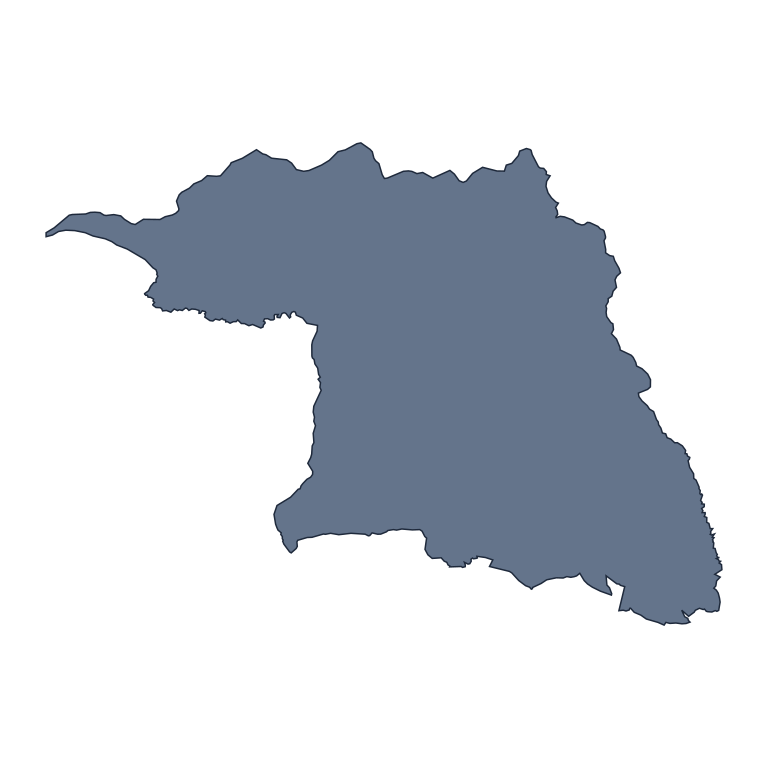 Campuri, Vrancea, Romania
{"feature_id": "2599482B61463988444058", "entity_name": "Campuri", "entity_type": "district", "adm_level": 2, "iso_a3": "ROU", "parent_name": "Romania", "parent_adm1": "Vrancea", "projection": "robinson", "projection_center": [26.758, 46.041], "detail": "fine", "context": "isolated", "style": "filled", "palette": "slate", "viewbox_px": 768, "rotation_deg": 0, "n_neighbors": 0, "source": "geoboundaries", "source_scale": "gbopen_adm2", "svg_char_len": 6118}
<svg xmlns="http://www.w3.org/2000/svg" viewBox="0 0 768 768"><path d="M690.0,622.1L688.4,620.5L687.8,618.4L684.7,616.7L681.7,610.2L688.6,616.3L694.2,612.2L695.3,610.3L699.4,608.3L703.2,609.5L704.5,609.1L706.3,611.3L707.8,611.7L711.9,612.0L715.2,610.6L716.9,611.3L718.7,610.4L720.1,602.1L719.5,598.1L718.2,593.1L716.3,590.1L713.8,588.2L715.8,586.0L716.6,580.9L720.2,577.1L714.8,574.3L721.9,569.7L721.5,564.6L719.1,563.0L720.6,561.3L719.0,561.0L718.5,559.7L716.4,558.6L719.4,557.5L717.4,557.3L716.7,555.4L717.3,554.5L716.2,552.8L715.1,548.5L713.3,548.1L713.8,542.9L712.8,541.9L713.2,541.2L712.5,539.7L714.0,537.7L712.2,537.2L714.4,534.0L711.5,535.0L710.2,534.3L710.9,533.4L710.6,531.6L712.7,528.6L710.2,528.6L708.9,523.4L706.7,522.3L706.8,517.5L704.3,516.5L705.2,514.0L705.1,512.6L702.1,512.6L702.9,510.6L701.6,508.5L704.2,506.7L704.3,504.2L701.6,503.8L702.1,502.3L700.6,500.5L702.5,495.1L701.7,494.0L700.9,494.6L699.9,493.7L700.2,490.5L699.0,488.6L699.1,487.1L696.0,480.0L693.8,478.5L693.6,473.8L689.6,467.3L688.1,460.7L689.4,459.1L689.8,457.4L687.5,456.1L686.9,453.8L685.1,453.6L685.6,450.4L682.4,445.9L677.4,442.7L674.7,442.8L670.8,439.1L667.1,437.7L665.7,433.8L662.4,433.0L660.9,428.1L658.6,424.7L658.2,421.9L656.5,419.6L653.6,411.6L649.5,409.1L647.3,405.7L642.0,400.9L638.9,396.6L638.4,393.1L647.6,389.4L650.4,386.9L650.5,379.7L647.7,374.1L642.0,368.7L636.6,366.0L635.8,362.5L633.2,357.4L631.3,355.3L620.2,350.0L619.9,347.3L616.5,339.1L611.4,333.7L613.5,329.6L612.9,323.8L610.9,322.6L606.7,316.6L606.1,312.4L606.6,308.4L605.8,305.9L608.2,301.8L608.2,298.6L611.8,296.2L613.1,291.2L616.5,287.4L615.0,279.9L616.7,276.3L620.5,272.8L619.0,268.3L614.7,260.7L613.3,256.3L609.7,255.6L605.6,252.8L605.7,249.4L604.0,240.7L605.5,238.0L605.5,236.5L604.1,231.1L602.9,229.8L600.4,229.0L597.9,226.4L589.7,222.6L587.4,222.4L584.4,224.6L581.7,225.0L575.9,223.0L572.8,220.1L564.5,216.9L560.2,216.3L556.1,217.7L555.9,216.9L557.7,214.4L557.2,210.8L555.6,207.5L558.4,203.1L556.0,202.1L551.5,197.9L548.0,192.8L546.0,186.3L546.6,181.4L550.1,175.8L546.2,174.5L546.4,171.6L543.7,168.4L540.3,168.1L538.5,166.8L532.2,154.6L531.1,150.4L530.2,149.6L526.4,148.5L519.7,151.1L518.4,155.6L511.8,163.4L506.3,165.1L504.4,171.1L497.0,171.0L482.6,167.3L472.6,173.4L466.4,181.0L463.1,182.4L459.1,180.7L454.4,174.1L449.9,170.4L432.8,178.1L422.7,172.5L416.9,173.6L411.9,171.4L408.4,170.9L403.4,171.3L387.3,178.1L384.4,178.5L382.2,174.7L378.9,163.6L375.6,160.8L373.9,158.2L372.3,151.8L370.1,149.4L360.9,142.9L356.9,143.7L345.3,149.9L338.0,151.7L329.4,160.3L321.5,165.1L309.0,170.5L303.7,171.3L296.4,169.6L291.6,163.1L286.7,159.8L271.6,158.2L265.9,154.7L262.7,153.9L256.5,149.7L242.3,158.3L231.2,162.7L230.0,165.0L220.5,175.8L216.6,176.3L207.3,175.7L201.6,180.6L193.8,183.9L189.5,188.1L181.7,192.3L179.2,194.8L176.5,201.1L178.9,208.9L178.6,210.6L175.7,213.3L172.3,215.0L165.2,216.7L160.0,219.5L143.4,219.3L135.2,224.5L131.2,223.6L124.5,219.4L120.8,215.9L113.8,214.6L106.1,215.5L103.9,215.1L100.0,212.6L94.9,212.2L90.3,212.4L85.6,214.0L72.3,214.5L69.2,215.2L54.2,227.8L46.1,232.7L46.1,236.7L52.6,235.0L58.5,231.5L65.8,230.2L74.8,230.6L85.3,232.7L93.0,236.0L105.3,238.8L111.8,241.6L116.7,245.0L127.1,249.0L145.2,259.6L152.9,267.8L156.0,269.8L157.2,273.1L156.7,274.2L157.8,276.2L156.1,279.3L156.0,282.3L153.7,282.7L150.7,286.3L148.6,290.7L144.6,293.6L144.7,294.2L145.8,295.3L147.5,295.3L148.0,297.1L150.7,297.4L153.6,299.1L153.0,301.0L154.6,302.5L152.8,304.5L153.0,305.3L156.0,307.5L160.4,307.7L161.7,308.8L162.6,310.9L166.4,310.5L170.9,312.2L174.2,309.0L177.6,310.6L179.4,309.8L182.3,310.5L185.4,308.1L187.0,308.4L188.9,310.4L191.7,309.0L195.4,309.3L199.1,310.5L199.0,313.3L200.4,313.2L202.3,310.8L205.3,311.6L205.8,312.8L204.6,313.8L205.4,315.0L204.8,317.1L209.9,320.6L212.9,321.0L215.4,319.1L219.5,320.1L222.2,318.5L223.3,319.7L225.6,320.1L225.7,321.9L227.4,321.7L230.1,323.2L233.3,321.7L236.3,321.6L237.7,319.9L241.3,323.5L244.6,323.6L248.9,325.7L252.6,324.5L260.8,328.0L263.0,327.0L263.5,324.9L265.1,323.1L265.0,322.1L263.5,321.3L264.5,318.9L267.8,318.7L270.5,320.0L273.1,319.9L274.4,319.0L274.2,315.5L274.7,314.6L278.2,314.5L277.0,316.3L277.2,317.4L280.0,317.7L282.0,313.5L284.1,312.7L285.9,313.4L289.5,318.0L290.7,316.9L290.2,315.0L291.8,312.3L293.9,311.5L295.4,312.2L296.3,315.2L302.7,318.0L306.9,323.3L317.5,325.4L317.1,331.2L312.6,340.9L311.8,344.8L311.9,356.1L312.4,357.9L314.1,359.5L314.9,363.9L317.7,368.1L318.6,374.4L320.3,377.2L318.1,379.2L320.5,382.6L319.9,387.4L321.2,390.3L313.8,406.2L313.2,412.1L314.5,417.2L313.8,421.2L315.5,425.7L313.2,433.3L313.9,442.6L312.2,445.9L311.7,454.1L310.7,457.6L307.8,463.3L312.7,471.3L312.6,474.4L310.6,477.2L306.9,479.3L302.9,483.5L301.1,485.8L300.1,488.8L298.2,489.2L290.6,497.2L277.0,505.5L274.0,514.4L275.6,524.1L276.9,527.6L278.0,530.1L281.2,532.8L280.8,534.5L282.3,536.5L282.3,538.7L283.2,540.1L282.7,541.2L283.9,544.2L289.6,551.9L291.2,552.9L296.2,548.5L297.3,546.4L296.9,541.9L297.7,540.3L307.2,537.5L312.0,537.3L323.5,534.0L325.4,534.3L330.6,533.3L338.8,534.7L351.0,533.3L365.2,534.2L368.3,535.8L369.7,535.6L372.1,532.9L377.6,534.2L380.8,534.1L386.5,531.8L387.9,530.5L393.4,529.6L396.6,530.1L401.8,529.0L412.4,529.9L419.8,529.6L422.1,531.2L424.8,536.5L426.6,538.1L425.0,549.4L427.9,554.8L432.2,558.4L441.2,557.8L444.2,561.2L446.8,562.3L448.0,564.9L449.9,566.1L449.6,566.9L461.2,566.5L462.5,567.4L465.2,566.7L465.3,565.0L464.4,562.3L468.0,564.1L469.8,563.7L471.2,561.3L471.0,559.2L472.5,558.1L473.6,558.8L476.6,558.3L477.3,558.0L476.9,556.3L485.4,557.5L492.8,559.9L489.5,566.5L509.4,571.4L511.8,572.9L518.7,580.5L525.6,585.7L529.6,587.2L531.3,589.2L532.4,588.7L532.6,587.5L541.1,583.5L546.7,579.8L556.4,577.8L563.2,578.0L566.8,576.6L570.8,577.3L574.1,576.7L576.6,575.9L579.8,573.3L584.2,580.6L587.6,584.0L592.4,587.2L600.5,591.2L611.4,595.1L611.7,593.7L609.5,587.8L606.9,585.0L606.1,575.8L616.8,583.8L619.5,584.2L620.3,585.3L624.7,586.6L618.9,610.7L623.2,610.2L626.0,611.0L629.2,610.0L629.8,608.3L630.6,608.2L634.2,612.3L640.8,615.1L646.3,619.0L658.0,622.4L664.1,625.1L665.9,622.4L669.9,623.4L675.9,623.0L681.9,623.8L686.1,623.5L690.0,622.1Z" fill="#64748b" stroke="#1e293b" stroke-width="1.5"/></svg>